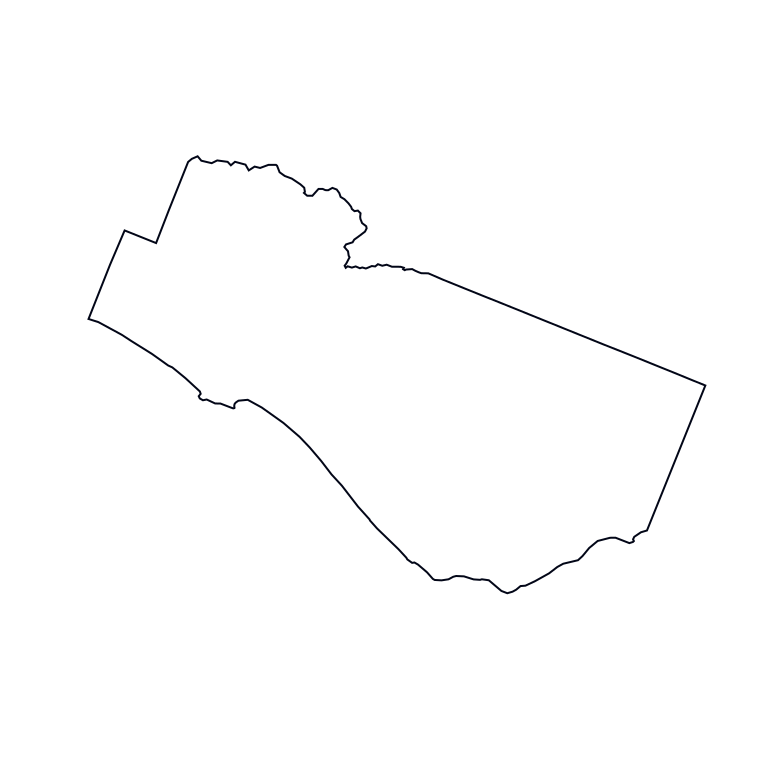 the district of Humboldt, California, United States of America, rotated 292°
{"feature_id": "52423323B26488914054819", "entity_name": "Humboldt", "entity_type": "district", "adm_level": 2, "iso_a3": "USA", "parent_name": "United States of America", "parent_adm1": "California", "projection": "natural_earth1", "projection_center": [-123.822, 40.734], "detail": "fine", "context": "isolated", "style": "outline", "palette": "ink", "viewbox_px": 768, "rotation_deg": 292, "n_neighbors": 0, "source": "geoboundaries", "source_scale": "gbopen_adm2", "svg_char_len": 2310}
<svg xmlns="http://www.w3.org/2000/svg" viewBox="0 0 768 768"><g transform="rotate(292 384 384)"><path d="M546.7,201.8L543.9,194.8L537.9,188.2L537.1,182.6L531.4,178.6L535.5,173.4L534.2,162.6L529.4,160.1L531.4,155.8L528.8,145.6L524.2,141.5L522.6,131.0L525.3,125.9L520.8,121.5L516.5,119.2L464.6,119.4L429.3,119.9L429.2,86.0L391.9,85.3L333.6,85.7L334.4,96.0L331.4,122.4L329.2,133.6L324.9,157.9L320.3,177.0L320.1,181.5L315.0,197.8L308.1,216.1L306.2,217.7L303.3,216.8L301.6,218.6L301.1,222.2L303.2,225.4L302.7,234.8L304.6,239.6L304.8,250.7L304.9,253.3L305.6,254.3L306.4,254.1L307.0,253.6L308.4,253.1L309.9,253.0L311.6,253.7L314.0,255.3L318.3,263.6L316.4,279.5L310.2,305.4L303.3,325.7L297.3,338.9L289.1,354.6L280.5,369.2L273.9,383.1L260.6,405.8L253.0,421.4L252.2,422.1L247.5,431.6L236.3,459.2L231.3,469.8L230.1,471.3L228.7,477.1L229.9,479.1L229.3,483.2L225.5,494.5L221.6,502.3L221.3,504.4L223.5,510.9L227.1,517.0L231.2,520.4L233.0,522.8L235.6,530.2L236.4,540.3L238.4,546.4L239.6,547.9L241.3,554.7L236.1,570.4L236.2,576.7L239.6,581.0L242.8,583.6L247.8,586.3L250.0,590.7L257.9,598.0L270.3,608.0L279.2,613.2L284.5,617.5L293.3,629.9L298.8,632.5L308.9,635.7L318.5,640.9L326.1,651.2L328.2,656.2L328.4,671.1L330.8,674.0L332.0,674.5L333.3,673.1L336.1,673.3L342.8,677.8L346.7,682.7L503.0,682.5L503.0,669.3L503.1,652.1L503.1,628.6L503.1,602.8L502.9,573.0L502.9,530.2L502.9,496.7L502.9,464.5L502.8,441.9L502.8,423.6L502.8,400.0L503.2,383.6L502.2,381.0L500.7,377.1L500.6,374.3L500.7,370.6L501.1,367.1L498.4,361.6L497.3,360.6L497.6,358.7L499.2,358.9L498.9,355.6L497.8,352.6L495.7,347.4L495.6,341.8L493.0,338.1L492.8,333.5L489.7,331.8L488.8,328.5L485.3,325.0L484.3,323.9L483.9,320.2L482.3,318.3L482.4,313.7L479.9,310.6L479.5,306.2L477.4,305.0L478.9,303.2L481.5,303.9L488.6,304.6L489.7,303.2L493.6,300.9L494.8,298.5L496.2,295.9L499.2,296.5L503.6,301.8L506.7,302.3L510.8,304.9L518.2,309.3L521.8,309.6L523.6,308.4L525.0,303.4L528.1,300.4L530.0,299.3L533.5,298.3L535.0,294.8L533.2,291.9L534.2,288.7L536.0,287.1L538.2,283.4L540.5,278.1L541.2,273.7L544.3,271.0L546.6,267.3L546.5,262.7L542.8,259.7L542.2,258.3L541.8,256.9L541.9,254.1L540.3,250.2L531.7,247.1L529.8,242.2L531.2,238.2L532.5,238.7L536.1,236.5L537.8,231.7L539.9,221.6L539.7,214.0L541.2,207.9L546.3,203.1L546.7,201.8Z" fill="none" stroke="#020617" stroke-width="2"/></g></svg>